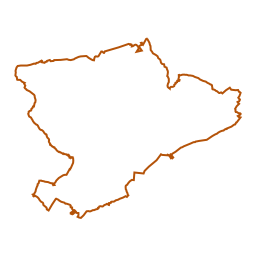 outline of Cozieni, Buzau, Romania
{"feature_id": "2599482B64756507378142", "entity_name": "Cozieni", "entity_type": "district", "adm_level": 2, "iso_a3": "ROU", "parent_name": "Romania", "parent_adm1": "Buzau", "projection": "mercator", "projection_center": [26.473, 45.333], "detail": "fine", "context": "isolated", "style": "outline", "palette": "amber", "viewbox_px": 256, "rotation_deg": 0, "n_neighbors": 0, "source": "geoboundaries", "source_scale": "gbopen_adm2", "svg_char_len": 5660}
<svg xmlns="http://www.w3.org/2000/svg" viewBox="0 0 256 256"><path d="M48.6,210.5L52.1,204.5L55.8,198.9L56.1,198.7L58.5,199.8L59.0,200.4L61.3,201.8L64.5,202.7L65.4,203.7L66.7,203.7L69.9,204.8L70.7,205.5L70.7,206.1L70.5,206.5L70.7,207.3L72.1,207.5L72.1,208.9L73.0,210.1L74.4,210.1L74.6,210.3L70.7,212.8L70.7,213.6L72.3,214.3L73.2,213.9L73.8,213.3L73.0,212.8L74.5,211.6L75.6,211.4L75.9,211.7L75.7,212.3L75.8,212.5L76.4,212.5L76.9,213.0L78.4,213.0L78.5,214.5L78.3,215.7L77.6,216.8L79.0,217.5L80.9,217.9L83.6,215.3L86.6,211.3L88.4,211.1L89.7,211.4L90.5,211.3L93.0,210.1L94.1,210.1L96.3,209.2L97.3,209.1L98.4,208.4L98.4,208.1L98.2,207.7L98.8,207.5L99.3,206.5L100.3,206.2L102.4,206.5L103.0,206.3L104.4,205.0L105.8,204.6L106.7,203.9L107.6,204.1L108.5,204.9L109.0,205.0L109.2,204.1L109.0,203.1L110.7,202.9L110.9,202.8L111.1,201.9L111.7,201.7L113.1,201.7L114.4,201.4L115.6,200.4L118.4,199.6L119.4,198.9L123.0,197.6L125.6,196.2L126.9,196.9L128.3,195.3L127.8,194.8L127.4,193.0L126.6,191.5L126.3,190.0L125.8,189.3L125.6,186.9L125.8,185.8L126.4,185.2L127.3,184.7L127.8,183.7L129.7,181.4L131.8,179.9L133.8,180.1L134.4,172.5L143.6,173.5L144.6,170.9L148.9,166.6L156.6,160.2L161.0,154.3L162.0,154.9L167.3,155.3L167.6,154.7L168.4,155.0L169.6,156.3L169.9,155.2L170.5,154.4L171.2,155.0L172.0,156.1L171.4,156.7L170.2,156.9L170.8,158.1L171.3,157.7L172.2,158.4L173.2,157.5L171.5,155.2L172.2,153.8L175.5,151.8L180.9,147.6L182.3,147.2L183.8,146.3L190.4,143.6L193.5,142.2L195.1,142.1L195.6,141.6L199.3,140.9L206.8,139.8L212.4,136.0L215.2,134.4L217.1,133.6L218.1,132.7L219.6,131.8L221.7,130.9L223.6,130.5L224.7,129.5L226.0,128.9L226.2,129.1L226.8,128.9L226.8,128.5L231.5,126.6L233.6,125.0L234.7,124.4L235.2,124.4L236.2,122.5L236.7,122.4L240.5,117.4L238.6,116.9L237.8,116.0L240.3,114.6L240.6,114.1L240.6,113.7L240.1,113.3L238.9,113.2L238.2,113.0L237.2,112.2L235.8,112.0L235.4,111.0L235.6,109.9L235.1,108.9L236.7,106.2L239.1,103.8L237.8,102.6L237.5,102.0L239.2,101.2L239.9,99.8L239.9,99.4L239.2,99.0L238.3,97.7L239.4,96.1L240.6,92.8L239.7,92.0L238.9,91.7L238.1,90.0L235.6,90.2L231.2,89.7L229.8,87.7L226.0,90.2L222.4,93.4L221.1,92.4L219.7,93.0L219.1,93.0L216.8,91.1L215.8,90.8L215.1,90.1L213.8,89.5L212.9,89.4L212.5,89.2L212.3,88.6L212.4,87.7L212.1,86.7L212.0,85.3L211.1,84.6L210.4,84.5L209.5,83.8L207.4,82.8L205.8,81.6L203.1,80.9L199.9,79.4L198.4,78.1L195.0,77.0L192.9,75.9L189.9,75.4L188.9,75.5L186.8,74.8L185.1,74.8L184.2,74.6L182.4,74.7L180.1,75.4L179.6,75.3L179.3,74.9L178.8,75.0L178.9,77.3L178.3,79.5L178.3,79.9L179.5,80.0L179.4,80.7L179.0,81.0L177.2,80.9L177.1,82.2L175.5,82.7L175.4,82.9L175.7,83.6L174.3,84.7L174.4,85.3L174.2,86.1L172.7,86.9L170.9,86.9L169.9,87.8L169.8,88.6L169.7,88.5L168.7,87.9L167.8,87.0L167.5,85.7L168.0,83.6L168.8,82.1L168.8,78.9L167.9,76.8L167.2,76.0L167.5,75.2L167.9,72.5L167.8,71.1L166.9,69.0L166.6,67.6L164.5,66.7L164.1,64.3L162.2,64.0L161.0,62.7L160.4,60.1L159.6,59.1L158.3,58.2L157.6,56.3L155.9,55.0L152.9,53.3L152.1,51.8L150.7,50.0L150.5,46.0L149.9,44.8L149.4,42.7L147.5,39.3L146.8,39.0L146.6,38.4L146.3,38.1L146.5,38.4L143.1,44.6L141.8,42.7L141.0,42.9L141.4,43.6L141.6,45.0L140.4,45.3L138.6,46.7L140.1,48.2L141.8,50.6L136.6,51.8L137.3,50.6L137.9,50.4L137.9,49.7L138.6,49.1L138.3,47.0L137.9,46.3L136.4,44.9L135.4,44.7L134.6,45.0L132.8,46.2L131.9,46.4L132.1,45.4L131.3,45.2L131.3,44.5L130.4,44.2L129.9,44.6L129.6,44.2L128.7,43.9L118.5,47.4L104.8,51.4L104.1,52.9L103.7,52.9L102.1,51.5L101.3,51.5L98.4,56.3L97.2,56.6L95.9,56.3L94.9,56.8L94.3,58.4L94.0,60.3L92.6,60.1L91.1,59.3L88.6,57.8L87.1,56.5L86.3,56.0L80.6,56.4L78.6,56.9L75.0,58.5L73.9,59.3L70.7,60.1L68.6,59.8L67.0,59.2L60.8,59.9L54.1,60.1L53.6,60.9L50.7,61.2L49.8,60.0L47.0,60.9L46.7,61.7L45.3,61.9L44.6,62.8L41.7,62.2L41.8,61.8L42.1,61.3L42.1,61.0L41.6,60.6L37.8,62.8L36.4,62.9L35.7,63.8L34.1,63.6L30.5,64.8L27.2,65.5L21.0,65.5L17.7,66.0L16.6,67.4L15.6,70.5L15.6,71.6L15.8,72.2L15.4,75.4L15.8,76.2L16.8,77.0L17.1,79.4L17.3,79.8L20.2,79.9L22.2,81.8L24.7,82.9L24.1,83.6L25.3,85.7L24.5,87.5L25.1,88.4L26.4,89.4L26.6,89.9L29.6,91.3L34.1,94.8L34.6,95.7L34.8,97.5L35.2,98.6L35.6,100.1L35.3,102.3L34.6,103.1L33.9,106.6L33.4,106.7L33.3,106.2L33.0,106.5L32.5,107.9L31.4,108.9L31.4,109.8L31.1,110.1L30.9,110.6L29.7,110.9L28.7,111.7L28.7,112.7L28.2,113.8L29.0,116.1L29.3,116.6L31.1,117.6L31.5,118.6L32.2,119.5L33.0,121.2L34.6,123.3L35.1,123.5L36.3,124.6L37.2,124.9L38.0,125.9L38.6,127.3L39.7,129.1L40.6,129.8L41.6,130.0L42.3,130.4L43.4,131.4L44.1,132.7L45.3,134.0L46.3,134.3L46.7,135.1L46.5,135.5L47.3,137.5L48.8,139.0L49.0,139.6L49.1,140.4L48.9,140.8L48.9,141.8L49.8,143.3L50.1,144.9L50.6,145.1L50.7,144.7L51.2,145.5L52.1,146.3L52.3,146.3L52.4,146.6L53.2,147.0L53.7,147.0L54.2,147.7L54.6,147.6L55.0,148.4L56.0,149.2L56.7,150.4L58.8,152.0L59.3,151.8L60.2,152.2L60.3,152.5L61.5,152.8L63.1,154.0L63.6,153.5L64.5,154.1L66.6,154.4L66.8,154.8L67.2,154.9L68.5,154.7L69.4,155.9L69.3,156.2L68.9,156.2L69.2,156.4L69.1,156.8L69.6,157.3L69.6,156.8L70.1,157.2L69.9,157.7L70.9,157.8L71.0,157.1L71.3,157.1L72.1,157.2L71.9,157.5L73.1,158.1L73.3,160.7L73.1,162.9L70.8,168.1L69.8,168.8L69.8,169.2L70.1,169.2L70.1,169.4L69.5,169.4L66.5,174.8L64.9,174.8L63.3,175.2L58.8,178.0L56.3,180.6L55.2,182.6L54.1,183.4L53.5,183.5L53.5,184.1L54.2,184.5L54.5,185.0L53.2,185.2L52.3,183.3L50.5,183.1L48.1,182.1L44.9,181.7L44.0,181.3L41.7,180.9L41.2,180.6L39.4,180.7L39.4,181.1L39.1,181.4L38.6,183.3L37.6,184.2L37.6,185.6L37.1,186.2L35.9,189.5L35.5,191.6L34.5,193.1L34.4,193.9L33.1,194.4L33.4,194.6L33.2,195.9L33.8,196.4L34.5,195.9L35.5,196.0L37.4,197.1L38.8,198.6L39.5,199.9L40.9,201.6L42.8,202.7L43.2,203.4L43.3,204.7L43.5,205.1L46.4,207.5L46.5,208.0L46.8,208.4L46.8,209.4L48.6,210.5Z" fill="none" stroke="#b45309" stroke-width="2"/></svg>